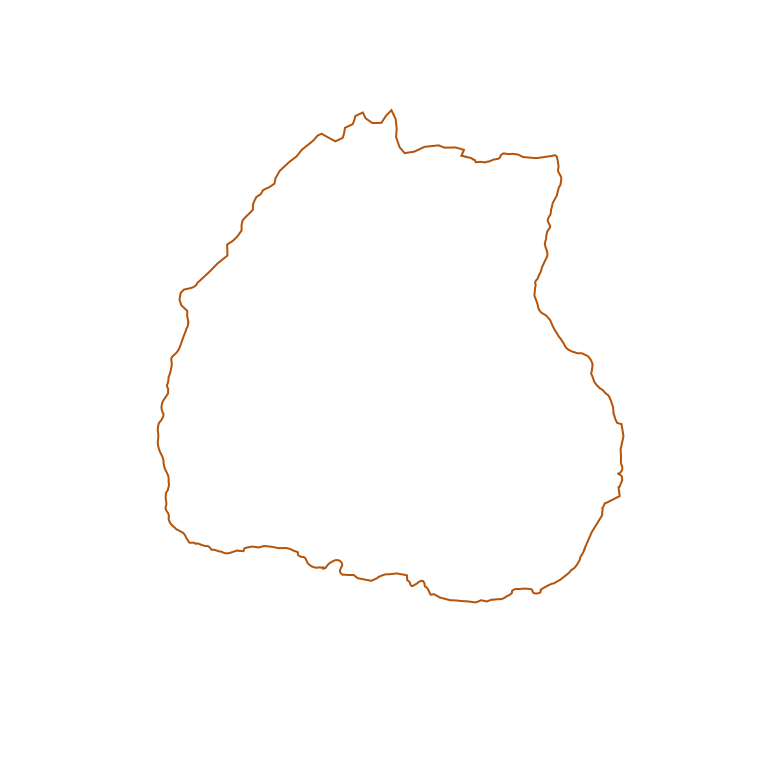 the district of Konawe Kepulauan, Sulawesi Tenggara, Indonesia, rotated 65°
{"feature_id": "22746128B22870517920414", "entity_name": "Konawe Kepulauan", "entity_type": "district", "adm_level": 2, "iso_a3": "IDN", "parent_name": "Indonesia", "parent_adm1": "Sulawesi Tenggara", "projection": "robinson", "projection_center": [123.119, -4.119], "detail": "fine", "context": "isolated", "style": "outline", "palette": "amber", "viewbox_px": 768, "rotation_deg": 65, "n_neighbors": 0, "source": "geoboundaries", "source_scale": "gbopen_adm2", "svg_char_len": 6153}
<svg xmlns="http://www.w3.org/2000/svg" viewBox="0 0 768 768"><g transform="rotate(65 384 384)"><path d="M263.8,136.0L260.7,133.9L254.9,132.1L251.2,131.4L249.6,131.6L248.7,132.9L248.3,135.6L247.1,139.2L244.1,149.3L243.0,151.9L241.3,154.7L237.0,162.2L232.9,165.3L229.7,170.2L228.9,172.6L227.9,174.6L226.6,176.5L225.7,177.7L225.5,179.3L226.1,181.6L227.6,183.0L228.2,185.1L226.9,190.1L226.8,193.1L226.6,195.5L226.0,196.7L226.0,198.6L223.6,202.3L221.7,207.2L219.4,207.0L218.5,207.7L218.3,208.4L216.4,209.2L214.6,211.3L213.6,212.9L212.7,213.3L212.3,214.6L211.0,215.6L209.9,217.4L205.6,212.6L199.9,219.1L195.3,229.4L190.8,233.6L186.2,247.0L186.2,258.4L183.5,267.7L176.2,269.8L165.3,268.7L158.0,264.6L149.0,261.5L139.0,261.5L141.7,268.7L146.2,276.0L142.6,284.3L135.3,288.4L129.0,288.4L129.0,296.7L132.1,299.2L135.3,302.5L135.3,311.1L139.9,314.2L143.5,317.4L143.5,325.6L130.8,334.9L130.8,339.1L133.5,345.3L137.1,359.8L140.8,367.0L142.7,375.9L146.8,388.5L151.6,395.3L156.1,398.6L157.1,404.2L157.1,411.5L159.9,415.6L160.6,420.7L164.1,425.1L166.5,427.2L170.7,429.2L173.5,436.8L173.4,436.9L175.8,442.8L179.6,445.8L184.7,448.2L188.3,454.6L190.4,460.4L191.3,467.2L201.4,471.6L204.4,483.9L208.0,493.2L213.3,509.6L213.3,510.0L215.1,512.6L215.7,515.9L215.2,519.5L213.9,525.4L215.4,529.7L221.1,533.7L227.1,534.4L234.5,531.4L239.3,533.7L245.3,535.1L245.7,535.8L246.5,535.9L249.1,537.9L250.2,539.5L252.8,541.9L255.2,544.5L262.9,552.1L264.9,554.2L266.7,556.6L268.2,559.5L269.5,563.9L270.8,565.9L272.9,566.8L275.5,567.6L277.6,568.6L282.1,571.9L285.3,574.8L286.7,576.3L289.4,577.8L291.8,579.5L293.6,581.5L297.5,581.8L301.2,583.6L302.3,585.3L305.5,590.7L306.9,592.6L309.1,594.3L311.3,595.7L313.7,596.3L316.2,596.6L318.3,596.6L320.2,597.9L321.9,600.0L323.1,602.0L324.1,604.2L325.8,605.9L328.4,607.6L330.4,608.7L333.6,609.6L336.3,610.7L341.5,613.9L344.3,614.7L347.4,615.4L350.6,615.7L353.5,615.6L356.5,615.6L359.6,616.0L362.4,617.2L366.3,618.2L369.1,618.4L372.9,618.3L376.6,618.4L379.7,619.6L381.5,620.5L384.3,621.4L385.9,622.3L386.9,623.4L388.5,624.4L390.2,627.0L391.2,628.1L393.0,628.9L394.3,629.7L397.0,630.8L399.1,631.2L401.4,632.3L402.3,633.1L404.2,634.5L405.6,634.7L407.4,634.7L409.9,634.2L412.1,634.5L414.0,635.4L415.3,636.3L418.5,636.6L421.0,636.3L424.1,635.1L428.1,633.4L429.3,632.4L431.2,631.1L432.6,629.9L434.2,628.9L436.2,628.4L437.7,628.2L439.8,628.3L442.1,627.9L445.1,627.6L446.0,626.8L447.3,623.6L448.6,622.6L449.2,622.3L449.4,621.0L450.4,619.5L453.6,616.5L454.4,615.5L455.3,614.5L456.5,612.1L457.8,611.2L461.3,610.4L462.0,608.7L463.1,607.3L466.2,603.9L467.2,602.3L468.8,601.0L470.4,599.3L471.4,597.3L471.9,595.5L472.9,587.1L473.5,586.7L476.1,582.1L474.0,580.0L474.2,577.8L474.9,575.0L475.4,572.8L477.7,568.7L479.0,567.3L479.1,566.0L479.3,565.8L479.8,563.1L480.2,561.1L482.5,557.1L485.8,552.1L487.9,549.5L489.2,546.7L491.3,541.9L492.8,540.1L493.7,538.9L496.8,536.5L498.8,534.3L500.2,533.1L501.9,534.1L503.4,534.0L504.5,533.0L505.5,532.3L506.5,530.5L507.3,529.5L509.1,528.9L512.9,528.9L514.6,528.8L518.6,526.8L521.1,524.2L522.2,522.4L522.9,520.0L523.3,519.3L524.1,518.3L524.5,516.6L525.8,517.0L526.0,514.7L525.1,513.3L524.7,512.3L524.0,511.1L523.4,509.1L523.2,507.8L523.2,506.5L523.0,504.9L523.0,503.3L523.4,501.7L524.6,499.6L525.9,498.6L527.7,498.0L529.4,498.0L531.0,498.7L532.0,500.3L533.5,501.9L534.8,503.0L537.2,503.2L539.3,502.2L541.2,498.4L542.4,496.4L544.2,492.3L548.9,489.9L557.0,478.7L557.1,472.5L556.6,470.7L556.6,467.9L557.0,463.8L557.5,462.2L558.4,460.3L560.4,454.7L560.8,452.9L565.3,446.5L567.1,444.1L571.6,445.8L574.0,444.6L575.7,444.6L577.1,444.9L578.1,444.6L578.9,444.1L579.2,443.4L578.7,438.3L578.1,436.2L578.1,433.3L579.2,431.8L580.9,431.6L582.5,431.7L583.4,432.3L584.7,432.4L586.1,431.6L587.7,431.0L589.8,430.9L594.5,430.9L594.8,430.6L595.2,428.7L595.6,427.6L598.1,425.8L599.1,424.9L600.6,424.2L607.8,415.6L610.6,410.2L614.2,404.2L615.8,401.1L618.0,397.4L620.1,394.3L620.9,392.2L621.0,387.4L624.5,382.8L625.0,377.1L625.8,376.0L626.4,373.7L627.5,371.1L628.6,368.3L628.7,366.6L628.7,364.4L628.3,363.2L628.2,359.0L627.5,356.7L627.3,356.3L625.5,355.3L625.3,354.1L625.3,352.7L625.6,350.8L626.8,348.5L628.7,343.4L630.4,340.1L632.0,337.5L633.3,336.8L633.9,336.8L634.4,337.0L635.5,337.0L636.5,336.8L637.2,336.2L638.1,334.7L638.8,333.2L639.0,330.4L637.7,329.4L636.8,329.1L636.3,326.3L635.9,320.1L635.9,318.0L636.0,315.9L636.5,314.4L636.2,311.6L635.9,306.9L633.2,295.8L631.8,293.1L631.4,289.7L629.7,286.1L627.0,282.0L626.0,280.8L623.8,279.2L622.5,276.9L618.7,272.0L618.4,272.3L606.1,258.4L595.2,241.8L592.1,240.3L591.2,239.5L589.5,238.7L588.9,238.4L588.8,238.5L588.5,238.0L585.4,234.2L585.7,233.9L585.2,217.8L583.2,217.1L576.6,215.1L576.8,214.2L575.9,213.0L574.5,211.7L572.2,209.0L568.9,207.6L568.1,207.5L567.5,207.6L565.9,208.5L564.9,209.1L564.5,209.7L564.2,209.6L564.4,208.1L564.1,207.0L562.6,204.5L561.7,204.0L559.7,203.0L557.6,202.9L555.4,202.6L550.1,199.9L543.4,197.3L532.5,189.0L520.7,185.7L518.4,188.5L517.8,189.1L515.0,189.2L512.8,189.1L509.8,188.6L508.0,188.5L504.0,187.0L503.4,186.9L502.4,186.3L494.9,185.4L490.9,185.3L489.0,185.5L485.9,187.2L482.9,188.0L480.0,189.4L478.9,190.5L477.0,190.7L475.9,191.5L470.7,192.5L465.0,191.9L461.9,191.8L459.9,190.0L458.3,189.2L457.5,188.4L455.8,187.7L454.6,186.7L450.5,186.3L448.6,186.5L445.7,187.2L443.9,188.2L441.3,190.5L440.2,191.2L439.6,192.0L439.2,193.0L437.9,195.6L434.0,199.9L430.7,202.5L427.9,203.7L425.3,204.0L422.9,204.0L420.3,204.5L417.8,204.7L415.0,205.5L410.6,205.9L409.1,206.2L405.9,206.5L401.8,206.6L397.7,206.4L395.5,206.6L391.5,207.8L389.6,208.6L385.9,211.3L382.9,212.0L380.6,212.1L376.5,211.1L371.0,210.6L368.8,210.5L367.4,210.3L365.6,209.3L359.4,205.5L358.3,204.6L356.5,204.5L354.5,202.8L353.7,200.6L350.7,197.4L349.0,195.0L344.5,191.0L342.3,188.2L340.5,186.2L338.5,183.5L337.3,182.2L335.3,180.9L331.7,180.0L329.3,179.9L325.1,179.1L323.4,177.9L321.1,175.8L318.5,174.4L314.8,171.7L314.1,170.4L312.0,167.1L310.8,166.5L309.4,166.7L305.8,166.8L304.8,166.5L304.1,166.0L302.1,163.7L300.9,161.7L298.4,159.9L296.7,159.0L295.7,158.0L291.1,154.4L286.2,147.7L279.7,142.5L278.2,140.0L273.7,137.0L272.1,136.2L270.4,136.0L265.6,136.4L263.8,136.0Z" fill="none" stroke="#b45309" stroke-width="2"/></g></svg>